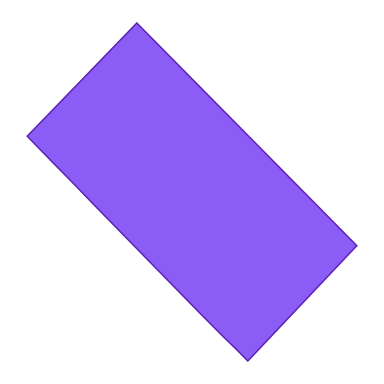 Salliqueló, Buenos Aires, Argentina (orthographic projection)
{"feature_id": "61730980B3490354735950", "entity_name": "Salliqueló", "entity_type": "district", "adm_level": 2, "iso_a3": "ARG", "parent_name": "Argentina", "parent_adm1": "Buenos Aires", "projection": "orthographic", "projection_center": [-63.063, -36.671], "detail": "fine", "context": "isolated", "style": "filled", "palette": "violet", "viewbox_px": 384, "rotation_deg": 0, "n_neighbors": 0, "source": "geoboundaries", "source_scale": "gbopen_adm2", "svg_char_len": 259}
<svg xmlns="http://www.w3.org/2000/svg" viewBox="0 0 384 384"><path d="M356.8,245.7L136.8,23.0L27.2,136.2L54.5,164.3L69.9,179.9L95.5,206.4L199.0,312.3L223.7,337.1L237.0,350.0L247.8,361.0L356.8,245.7Z" fill="#8b5cf6" stroke="#5b21b6" stroke-width="1.5"/></svg>